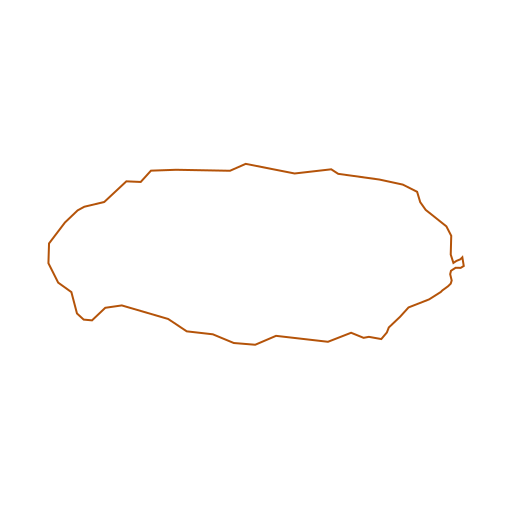 map outline of Jeju (Robinson projection), rotated 17°
{"feature_id": "KOR-2510", "entity_name": "Jeju", "entity_type": "Province", "adm_level": 1, "iso_a3": "KOR", "parent_name": "South Korea", "parent_adm1": "", "projection": "robinson", "projection_center": [126.648, 33.381], "detail": "fine", "context": "isolated", "style": "outline", "palette": "amber", "viewbox_px": 512, "rotation_deg": 17, "n_neighbors": 0, "source": "natural_earth", "source_scale": "10m", "svg_char_len": 889}
<svg xmlns="http://www.w3.org/2000/svg" viewBox="0 0 512 512"><g transform="rotate(17 256 256)"><path d="M453.7,196.9L457.6,204.8L455.2,207.5L450.3,208.9L446.8,213.1L447.0,216.6L450.3,222.2L450.3,225.5L448.5,228.8L444.2,234.5L443.3,236.3L434.2,246.9L416.9,260.6L411.5,272.1L403.9,285.5L403.5,290.9L400.1,298.8L387.6,300.3L382.8,302.8L369.4,301.6L349.9,317.0L298.5,326.5L281.2,341.1L260.2,345.7L237.6,343.5L211.8,348.3L190.4,341.9L142.1,342.5L127.0,349.6L118.0,365.5L109.8,367.2L101.6,363.3L90.0,344.5L74.6,339.3L59.6,323.6L54.4,304.5L63.5,279.8L72.1,264.5L77.4,259.1L95.1,248.7L110.2,222.5L124.1,218.9L130.6,205.1L154.4,196.9L206.2,182.1L219.2,170.9L268.8,165.8L302.6,151.1L310.6,153.4L351.7,146.8L375.5,144.8L391.3,147.5L397.3,156.5L404.8,162.3L429.4,172.0L436.8,179.6L441.8,197.7L446.8,204.9L449.1,202.1L452.4,199.4L453.7,196.9Z" fill="none" stroke="#b45309" stroke-width="2"/></g></svg>